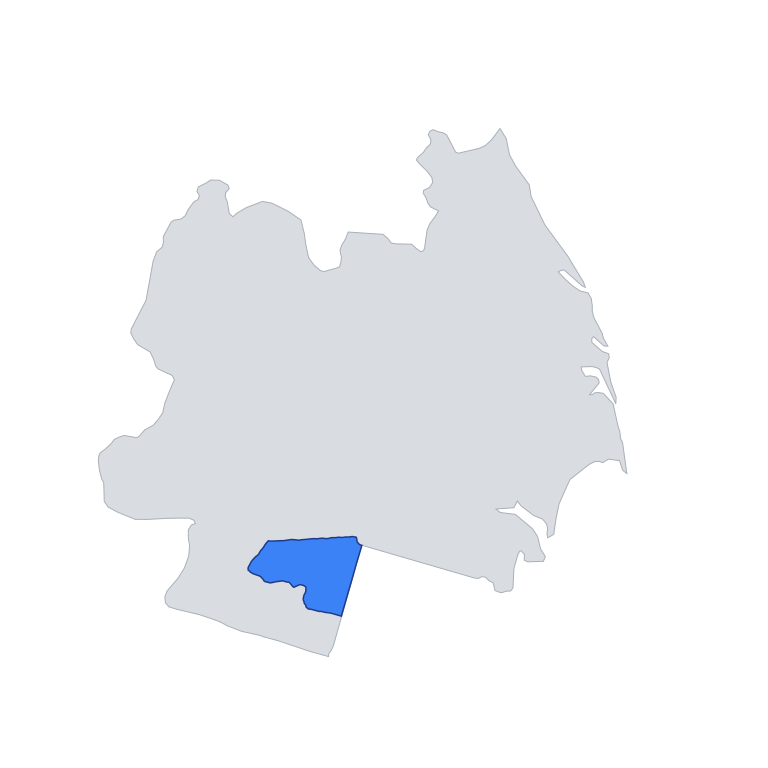 location of Woleu, Wouleu-Ntem, Gabon, rotated 196°
{"feature_id": "22940354B4497534497521", "entity_name": "Woleu", "entity_type": "district", "adm_level": 2, "iso_a3": "GAB", "parent_name": "Gabon", "parent_adm1": "Wouleu-Ntem", "projection": "orthographic", "projection_center": [11.911, 1.389], "detail": "fine", "context": "in_parent", "style": "filled", "palette": "blue", "viewbox_px": 768, "rotation_deg": 196, "n_neighbors": 0, "source": "geoboundaries", "source_scale": "gbopen_adm2", "svg_char_len": 5729}
<svg xmlns="http://www.w3.org/2000/svg" viewBox="0 0 768 768"><g transform="rotate(196 384 384)"><path d="M536.0,119.0L535.5,125.2L528.5,140.5L525.1,152.3L524.3,164.9L526.3,175.0L529.7,182.2L531.9,190.0L530.2,195.5L526.8,197.9L529.1,200.6L534.3,201.3L543.0,198.9L556.5,194.7L574.2,188.6L585.8,185.3L605.0,187.4L615.2,189.7L620.5,193.9L626.2,211.9L629.0,214.7L633.6,222.3L637.5,231.5L638.3,236.2L637.9,239.6L634.0,244.6L629.6,251.9L628.1,256.3L624.4,259.6L619.8,262.9L607.0,264.2L605.0,266.1L601.4,273.9L594.6,280.5L591.6,286.8L588.8,295.1L589.4,305.4L588.0,320.2L586.6,330.3L590.0,333.8L605.3,336.2L608.3,338.2L612.4,344.4L617.6,350.3L631.6,353.9L637.1,358.4L641.5,363.3L642.1,367.3L638.9,383.4L635.8,398.9L637.0,410.7L638.1,421.9L639.8,438.3L639.0,448.3L635.0,454.4L635.0,459.2L636.8,464.9L633.3,480.9L631.1,483.6L624.8,486.5L621.5,490.8L620.4,497.5L617.0,506.7L613.5,510.1L613.5,514.4L616.9,517.5L616.8,522.3L610.6,528.0L606.8,532.3L598.4,534.5L588.9,532.2L586.6,529.1L589.0,524.1L588.2,520.2L584.9,516.0L579.8,505.3L575.3,503.1L572.7,507.5L565.0,515.6L551.2,526.0L541.6,526.9L523.9,523.7L509.0,518.7L502.0,506.5L497.6,496.4L491.3,484.7L484.2,479.1L476.6,475.6L473.2,475.3L462.3,481.9L459.0,484.4L459.1,489.9L460.1,495.0L461.8,497.5L463.2,500.8L462.9,505.9L461.0,512.7L460.3,520.2L426.2,527.6L420.3,524.9L416.0,521.5L410.8,522.1L396.0,526.0L390.6,523.3L385.2,521.3L382.7,523.0L382.5,526.2L385.0,543.9L384.2,550.6L380.9,559.4L379.2,565.4L388.2,567.1L391.5,569.8L394.7,574.3L399.0,578.4L399.3,581.0L394.4,585.6L392.7,591.3L395.0,595.7L401.2,600.4L410.2,605.2L414.6,608.3L414.1,611.2L410.0,617.4L408.4,622.6L405.5,627.3L406.1,631.6L410.1,635.7L409.7,639.3L407.0,642.0L401.4,641.4L396.6,641.8L392.4,640.7L379.1,626.7L376.2,626.3L356.9,637.1L352.1,641.5L348.2,647.8L342.9,661.5L334.1,653.5L326.5,638.9L317.7,629.9L299.2,615.4L294.2,604.7L273.0,581.1L242.5,557.5L220.4,537.0L217.1,532.4L220.8,533.0L242.1,543.2L245.0,542.1L247.4,539.8L238.2,534.4L229.5,530.2L221.2,527.5L213.0,527.8L208.4,523.4L205.4,516.8L203.8,511.2L200.2,505.3L188.5,493.1L185.6,488.4L179.2,482.0L183.1,481.2L195.7,487.3L196.8,484.9L195.7,481.3L183.1,475.4L176.3,475.0L174.7,471.0L175.6,466.2L166.6,448.5L157.2,435.2L155.7,428.9L181.0,457.8L184.4,458.3L188.8,458.1L199.2,454.8L197.2,451.0L192.5,446.8L188.0,448.7L182.0,449.1L178.9,447.4L177.5,444.4L183.4,430.4L180.9,431.1L179.0,433.6L175.7,434.8L170.7,435.5L158.3,428.0L147.3,407.7L144.4,403.6L141.4,396.5L138.6,393.6L125.9,364.8L130.8,366.9L136.5,375.3L147.7,373.6L152.0,368.7L155.8,368.9L159.7,367.8L164.6,363.3L178.9,343.5L182.7,317.3L181.5,301.7L179.4,286.3L184.1,281.4L186.0,284.6L186.9,290.1L189.1,294.2L194.2,297.8L203.7,298.8L218.4,304.5L223.6,308.2L225.0,300.9L241.9,294.7L236.8,292.5L221.8,294.9L201.2,285.7L194.4,279.8L188.0,268.6L181.4,262.7L181.9,257.5L196.7,252.7L200.6,253.2L202.1,259.0L206.1,261.4L207.6,260.6L208.3,255.7L208.3,242.5L203.8,223.5L205.2,219.9L209.3,218.6L212.9,216.1L215.4,215.6L220.4,216.1L222.9,220.5L224.2,222.9L229.3,224.0L233.4,226.3L237.0,225.7L239.9,223.0L244.3,222.4L257.7,222.5L269.9,222.5L294.2,222.6L318.5,222.7L342.8,222.8L361.0,222.9L361.0,212.0L360.9,195.3L360.8,175.6L360.7,156.7L360.6,139.2L360.5,118.5L361.5,112.6L362.7,110.1L362.2,106.7L381.1,106.5L415.1,108.0L429.9,107.8L434.1,108.1L452.7,107.0L467.7,108.3L474.1,109.8L479.9,110.5L497.9,111.4L521.4,110.3L529.4,110.5L533.8,113.4L536.0,119.0Z" fill="#d9dde1" stroke="#a8b0b8" stroke-width="1"/><path d="M361.0,149.1L361.0,152.5L361.0,169.7L360.9,186.1L361.0,202.8L360.8,222.8L361.7,222.8L362.8,222.9L363.6,223.1L364.5,223.7L365.9,224.5L366.4,225.2L366.9,225.9L367.2,226.8L367.5,227.5L367.8,228.2L368.3,228.9L368.6,229.1L369.3,229.1L370.1,228.8L371.2,228.8L372.2,228.7L374.2,227.9L375.9,227.1L378.0,226.6L380.1,225.8L381.1,225.2L382.1,224.9L384.1,224.5L385.4,224.2L386.3,223.8L387.3,223.4L388.3,222.9L389.6,222.6L390.8,222.2L392.5,221.7L393.3,221.1L394.8,220.3L395.9,219.8L396.9,219.4L398.3,219.2L399.8,219.0L401.3,218.6L403.4,217.8L404.6,217.2L405.5,216.8L406.3,216.7L407.2,216.4L408.4,216.1L410.4,215.5L414.5,213.8L417.6,212.6L420.8,211.4L422.0,210.7L423.0,210.3L425.9,209.9L430.2,209.0L433.9,207.3L437.3,205.7L440.4,204.8L443.9,203.6L446.6,202.7L448.9,201.9L449.5,201.8L450.4,201.6L451.8,201.4L452.0,201.4L453.5,198.3L454.1,196.5L454.6,194.5L455.3,192.8L455.7,191.5L456.5,190.3L456.8,189.0L457.2,187.8L457.4,186.6L458.0,185.2L458.3,184.6L458.9,183.6L459.7,182.8L460.7,181.0L461.8,178.7L462.6,176.8L462.9,175.4L463.3,173.4L463.8,171.3L464.0,169.6L463.5,168.4L463.0,167.4L462.4,167.3L461.6,167.2L461.1,166.9L460.7,166.3L459.3,166.0L458.1,165.7L457.2,165.5L455.5,165.4L453.4,165.3L451.5,165.2L449.9,165.0L448.8,164.4L447.5,163.6L446.2,162.8L445.4,162.0L444.8,161.5L443.7,161.3L442.2,161.3L441.3,161.4L440.4,161.4L439.7,161.3L438.8,161.4L437.5,161.9L436.4,162.5L435.4,163.0L433.7,164.0L432.1,164.7L430.4,165.4L429.2,165.9L428.2,166.5L426.5,166.9L424.0,166.8L422.5,166.9L421.5,167.2L420.7,167.2L420.1,167.0L419.4,166.6L418.4,166.0L417.5,165.3L416.4,164.6L415.6,164.0L414.7,163.8L414.3,163.9L413.9,164.2L413.5,164.8L413.0,165.3L411.9,165.9L411.2,166.7L410.4,167.4L409.2,168.0L407.4,168.2L406.3,168.2L404.9,167.9L404.2,167.7L403.3,167.3L403.0,166.9L402.7,165.9L402.4,164.8L402.1,163.2L402.1,162.3L402.2,161.2L402.5,160.2L402.7,159.1L402.7,157.9L402.6,156.5L402.4,155.2L402.0,154.1L401.5,153.5L400.9,152.7L400.5,151.9L400.0,151.0L399.1,150.4L398.6,150.2L398.0,149.5L397.9,149.1L397.7,148.5L397.1,148.0L396.6,147.7L395.8,147.4L395.1,147.1L394.9,146.9L393.1,147.1L392.3,147.3L390.9,147.4L390.0,147.4L387.6,147.4L385.3,147.5L383.7,147.5L382.6,147.8L381.5,148.1L379.1,148.2L377.0,148.3L375.5,148.6L373.4,148.9L371.7,149.1L367.3,149.1L363.3,149.1L361.0,149.1Z" fill="#3b82f6" stroke="#1e3a8a" stroke-width="1.5"/></g></svg>